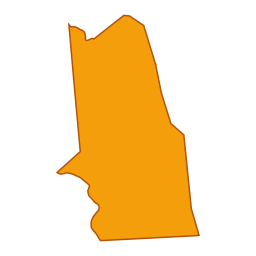 Sand De Feu, Castries, Saint Lucia (Equal Earth projection)
{"feature_id": "8701671B2564147185651", "entity_name": "Sand De Feu", "entity_type": "district", "adm_level": 2, "iso_a3": "LCA", "parent_name": "Saint Lucia", "parent_adm1": "Castries", "projection": "equal_earth", "projection_center": [-60.985, 13.929], "detail": "fine", "context": "isolated", "style": "filled", "palette": "amber", "viewbox_px": 256, "rotation_deg": 0, "n_neighbors": 0, "source": "geoboundaries", "source_scale": "gbopen_adm2", "svg_char_len": 2648}
<svg xmlns="http://www.w3.org/2000/svg" viewBox="0 0 256 256"><path d="M80.3,151.6L57.1,172.4L57.0,172.5L57.3,172.8L57.8,173.0L58.0,173.0L58.6,173.4L58.8,173.4L59.8,173.9L60.5,174.1L60.9,174.1L61.4,174.0L61.9,173.9L62.0,173.9L62.5,173.8L63.3,173.6L63.8,173.6L64.2,173.5L65.3,173.2L65.9,173.0L66.3,172.9L66.8,172.8L67.1,172.8L67.8,173.0L68.9,173.2L69.5,173.3L71.0,173.7L71.4,173.8L71.7,173.9L71.9,173.9L72.3,174.1L73.1,174.3L73.7,174.6L74.1,174.8L76.1,175.7L77.8,176.4L79.4,177.2L80.1,177.5L80.3,177.6L80.6,177.8L81.0,178.1L81.5,178.5L81.8,178.8L83.2,179.9L84.7,181.2L86.9,183.1L88.0,184.0L89.2,185.1L89.4,185.3L89.4,185.5L89.3,186.3L89.2,186.9L89.2,187.1L88.8,188.1L88.6,188.7L88.5,188.9L88.2,189.8L87.9,190.4L88.0,191.5L88.0,192.0L88.2,193.5L88.7,195.0L88.8,195.3L89.0,195.7L89.3,196.2L89.4,196.4L89.5,196.5L90.2,197.2L90.6,197.6L90.8,197.8L91.4,198.4L92.3,199.3L92.8,199.9L92.9,200.0L93.6,201.0L93.9,201.3L94.1,201.6L94.8,202.2L95.6,203.0L96.3,203.4L96.5,203.4L97.3,203.9L97.7,204.2L97.9,204.5L98.0,204.6L98.2,204.8L98.3,204.9L99.0,206.1L99.2,206.9L99.2,207.5L99.3,208.1L99.2,208.4L98.8,209.4L98.7,209.8L98.5,210.2L98.1,210.7L97.9,211.1L97.7,211.3L97.3,211.6L96.7,212.3L95.7,213.5L95.1,214.3L95.0,214.5L94.4,215.3L93.5,216.3L92.9,217.5L92.5,218.3L92.3,218.8L91.8,220.0L91.7,220.2L91.4,221.1L91.2,221.7L91.2,223.2L91.1,223.4L91.1,225.1L91.1,225.4L91.4,227.4L91.5,227.7L91.9,228.4L92.3,229.1L92.6,229.5L93.5,230.7L93.9,231.2L94.6,231.9L94.8,232.2L95.3,232.7L95.9,233.4L97.4,235.7L97.5,235.8L98.5,237.8L99.7,239.5L100.0,239.9L100.5,240.6L143.5,238.4L197.1,235.6L199.0,235.3L191.3,208.7L183.9,135.7L183.9,135.0L170.9,123.6L161.4,93.1L157.0,71.4L155.4,63.7L155.5,63.7L155.3,63.5L143.7,25.5L139.5,22.7L129.4,15.9L123.8,15.4L94.0,38.9L93.3,38.6L93.2,38.6L92.8,38.5L92.4,38.4L92.2,38.5L91.9,38.6L91.5,38.7L91.2,38.8L90.7,39.0L90.4,39.1L90.1,39.2L89.8,39.4L89.3,39.6L88.9,39.8L88.5,39.9L88.2,40.1L87.9,40.3L87.4,40.4L87.0,40.4L86.7,40.4L86.2,40.3L85.8,40.1L85.5,39.8L85.4,39.3L85.4,38.7L85.4,38.3L85.5,37.9L85.6,37.4L85.6,36.6L85.5,36.2L85.5,35.8L85.3,35.3L85.2,34.8L85.1,34.3L85.0,33.9L84.9,33.3L84.7,32.7L84.5,32.4L84.3,32.0L84.0,31.7L83.5,31.3L83.3,31.1L82.9,30.9L82.6,30.7L82.1,30.4L81.8,30.1L81.5,30.0L81.3,29.8L80.7,29.7L80.3,29.6L80.0,29.5L79.7,29.4L79.2,29.0L78.9,28.8L78.6,28.5L78.3,28.3L78.1,28.1L77.9,28.0L77.5,28.0L77.1,27.8L76.8,27.7L76.4,27.4L76.1,27.3L75.7,27.1L75.3,27.0L74.8,26.8L74.5,26.8L73.8,26.8L72.6,26.8L72.2,26.8L71.7,26.7L71.4,26.8L71.0,26.7L70.6,26.7L70.0,25.8L68.9,24.5L73.0,71.4L77.5,121.3L77.6,121.5L77.6,122.2L78.5,132.1L80.1,149.6L80.1,150.1L80.2,150.4L80.3,151.6Z" fill="#f59e0b" stroke="#b45309" stroke-width="1.5"/></svg>